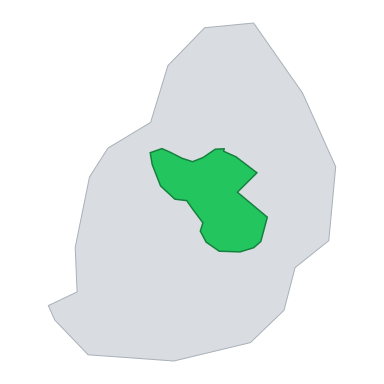 Mauritius, with Moka highlighted
{"feature_id": "MUS-5186", "entity_name": "Moka", "entity_type": "District", "adm_level": 1, "iso_a3": "MUS", "parent_name": "Mauritius", "parent_adm1": "", "projection": "mercator", "projection_center": [57.579, -20.265], "detail": "fine", "context": "in_parent", "style": "filled", "palette": "green", "viewbox_px": 384, "rotation_deg": 0, "n_neighbors": 0, "source": "natural_earth", "source_scale": "10m", "svg_char_len": 736}
<svg xmlns="http://www.w3.org/2000/svg" viewBox="0 0 384 384"><path d="M250.4,342.6L173.8,361.0L88.1,354.8L54.8,320.1L48.3,305.6L77.1,291.9L75.2,247.4L89.5,177.0L107.9,148.1L150.6,122.4L167.9,65.6L204.7,27.7L253.6,23.0L302.5,93.0L335.7,166.7L328.8,240.6L295.1,267.6L284.0,310.3L250.4,342.6Z" fill="#d9dde1" stroke="#a8b0b8" stroke-width="1"/><path d="M224.1,148.8L223.7,151.3L236.1,156.9L256.9,172.8L237.4,192.2L267.3,217.2L260.8,241.5L253.7,247.7L240.0,251.9L219.2,251.2L206.2,242.2L200.3,231.1L202.9,222.8L192.5,208.9L186.7,200.6L174.9,199.2L160.6,186.0L152.2,164.5L150.2,152.7L161.9,148.6L169.7,152.0L182.1,158.3L186.8,159.8L192.5,161.7L202.9,157.6L215.3,149.2L224.1,148.8Z" fill="#22c55e" stroke="#15803d" stroke-width="1.5"/></svg>